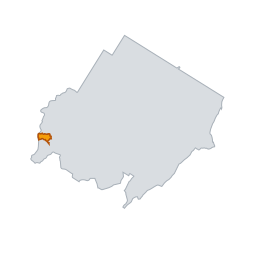 Rehaid Albirdi, Southern Darfur, Sudan (highlighted), rotated 32°
{"feature_id": "16777658B32181362177213", "entity_name": "Rehaid Albirdi", "entity_type": "district", "adm_level": 2, "iso_a3": "SDN", "parent_name": "Sudan", "parent_adm1": "Southern Darfur", "projection": "natural_earth1", "projection_center": [23.455, 11.002], "detail": "fine", "context": "in_parent", "style": "filled", "palette": "amber", "viewbox_px": 256, "rotation_deg": 32, "n_neighbors": 0, "source": "geoboundaries", "source_scale": "gbopen_adm2", "svg_char_len": 5145}
<svg xmlns="http://www.w3.org/2000/svg" viewBox="0 0 256 256"><g transform="rotate(32 128 128)"><path d="M167.6,197.9L165.7,197.9L165.5,197.4L165.5,195.9L165.7,194.9L166.4,193.2L166.2,192.3L166.3,191.0L165.8,189.5L161.2,185.2L160.4,184.0L157.9,182.9L158.3,181.7L157.3,172.8L157.8,171.8L157.9,170.3L157.9,168.9L158.4,166.7L158.5,165.7L153.7,165.6L153.6,166.6L153.9,167.7L153.9,168.1L147.2,168.2L149.9,171.6L150.0,173.1L149.9,175.0L149.9,176.2L150.1,177.0L150.8,178.6L150.8,178.9L150.6,179.2L145.9,183.9L145.2,186.0L144.5,187.1L143.2,189.0L138.9,193.9L138.2,194.3L134.9,194.4L134.6,194.6L134.3,194.8L134.2,194.7L131.4,191.8L126.6,188.3L123.5,190.2L122.6,190.8L122.6,192.5L122.2,193.4L121.3,194.3L119.0,194.9L117.8,195.4L116.4,196.3L115.0,197.9L114.9,198.7L115.0,199.5L107.1,199.4L106.5,198.8L105.4,196.2L104.5,196.4L97.3,196.1L96.2,196.4L94.1,197.4L93.1,197.6L92.0,197.1L88.2,192.0L87.3,191.4L86.5,190.1L85.7,189.6L85.4,189.2L85.3,188.7L85.3,187.5L85.0,186.8L84.4,186.7L79.3,187.9L78.6,187.7L77.5,187.9L77.1,188.2L76.7,188.8L76.6,190.2L76.5,190.9L76.1,191.7L74.6,193.5L74.3,194.2L74.4,196.1L74.3,197.1L74.0,197.6L73.4,198.3L73.2,198.7L72.9,201.2L72.1,202.7L71.9,203.2L71.9,204.3L71.8,204.6L69.4,205.4L68.6,206.0L68.0,206.8L67.9,207.2L66.9,206.9L65.6,206.6L63.2,206.4L62.2,206.0L61.8,205.4L61.9,203.9L61.7,203.6L61.3,203.3L61.0,202.7L61.1,201.9L62.4,200.2L62.6,199.3L63.0,195.0L62.9,193.7L61.8,191.2L59.5,187.1L58.9,186.2L56.0,182.8L55.7,182.3L55.0,180.9L55.8,177.7L55.8,176.8L55.6,175.9L54.9,175.2L54.2,175.1L53.4,174.3L52.8,173.9L52.3,173.1L51.9,172.1L52.2,168.3L52.0,167.8L51.3,167.7L51.1,167.4L51.1,166.7L50.7,164.6L50.3,162.8L50.5,161.9L49.9,160.5L48.7,159.9L46.4,160.4L45.7,160.3L45.2,160.1L44.8,159.6L44.6,159.0L44.8,158.1L45.5,156.5L46.3,155.2L48.0,154.0L48.4,153.4L48.7,152.7L48.7,151.9L48.6,151.0L48.4,150.3L47.9,149.2L47.5,148.0L47.5,147.2L47.7,146.6L48.1,145.9L49.8,144.5L51.5,143.4L51.8,143.0L51.7,142.5L50.9,141.5L50.7,139.7L50.2,138.4L51.1,137.5L51.7,137.1L52.7,136.8L53.1,136.4L53.2,135.6L53.2,134.9L53.6,134.4L54.0,133.2L54.4,132.7L55.7,131.3L56.0,130.4L56.1,129.5L55.7,126.9L56.5,125.9L57.5,125.0L58.8,125.0L61.0,124.8L62.4,124.4L63.5,124.5L65.8,124.9L66.1,124.7L66.2,124.0L66.1,74.7L75.9,74.7L76.0,74.6L76.0,51.3L137.3,51.3L137.8,51.2L138.8,49.0L139.2,48.8L139.8,49.0L140.0,49.5L139.5,51.3L193.1,51.2L193.3,53.9L193.7,56.1L195.3,59.1L196.7,60.8L197.1,61.7L197.2,62.1L197.2,62.5L196.8,62.0L196.1,61.7L196.0,63.1L196.4,66.1L197.0,68.1L196.6,70.0L196.8,73.2L197.5,77.1L197.5,79.6L198.7,85.3L199.9,88.5L200.5,89.3L201.2,89.7L202.5,89.9L204.4,91.6L205.9,93.3L206.5,94.2L207.2,95.2L207.7,95.0L208.0,94.7L208.6,95.5L211.0,97.2L211.4,98.0L210.5,98.8L209.5,100.1L209.1,101.4L208.8,101.8L208.1,102.6L207.9,102.9L207.6,103.2L207.2,103.2L206.4,103.6L205.7,103.5L204.9,103.7L204.7,104.0L204.1,104.3L203.3,104.4L202.1,105.5L201.0,106.0L200.6,106.4L200.1,108.5L199.7,109.1L198.1,109.1L197.3,109.3L196.2,109.1L195.7,109.1L195.6,109.5L195.4,111.3L195.4,112.1L194.6,114.2L194.9,118.0L194.1,120.9L194.0,121.5L193.1,123.8L192.7,124.7L191.6,128.9L191.2,130.2L190.3,131.6L191.4,141.9L190.7,145.0L190.7,146.7L190.2,149.2L189.8,150.4L189.0,151.8L188.5,153.4L188.0,155.5L187.7,159.4L187.5,159.7L184.6,160.2L183.7,160.5L183.1,160.9L182.4,162.0L181.0,164.7L180.2,166.4L179.0,168.7L177.7,170.4L177.4,171.2L177.2,172.7L176.7,175.0L176.2,176.7L176.3,178.0L175.9,180.4L176.0,181.5L175.5,182.1L174.8,182.7L174.4,182.9L172.4,181.3L171.0,182.4L170.1,183.9L169.4,185.4L169.9,188.7L169.8,189.4L169.6,190.1L168.3,193.3L168.0,194.7L167.6,197.3L167.6,197.9Z" fill="#d9dde1" stroke="#a8b0b8" stroke-width="1"/><path d="M66.8,175.7L66.4,176.0L66.2,176.1L66.0,175.9L65.9,175.8L65.8,175.7L65.7,175.6L65.4,175.4L65.4,175.2L65.2,174.9L64.9,174.8L64.8,175.1L64.7,175.1L64.6,174.9L64.7,174.7L64.8,174.6L64.6,174.5L64.3,174.8L64.1,174.9L63.8,175.0L63.6,175.1L63.4,175.2L63.3,175.3L63.2,175.3L63.1,175.6L63.1,175.9L63.0,176.0L62.9,176.1L62.7,176.2L62.6,176.3L62.4,176.4L62.2,176.4L62.1,176.5L61.8,176.6L61.7,176.6L61.4,176.7L61.1,176.9L60.9,176.9L60.5,177.0L60.3,177.1L60.2,177.2L60.2,177.3L60.2,177.5L60.0,177.8L59.9,177.9L59.7,178.0L59.4,178.1L59.1,178.1L58.9,178.1L58.4,177.9L58.2,177.8L58.0,178.0L57.9,178.1L57.8,178.3L57.7,178.4L57.7,178.5L57.5,178.9L57.3,179.1L57.2,179.1L57.0,179.3L56.8,179.3L56.6,179.4L56.5,179.5L56.2,179.6L55.9,179.6L55.7,179.6L55.4,179.8L55.3,180.1L55.2,180.4L55.2,180.6L55.1,180.8L55.2,181.0L55.3,181.0L55.5,181.2L55.5,181.3L55.6,181.5L55.7,181.9L55.8,182.0L56.0,182.4L56.1,182.5L56.3,182.8L56.4,183.1L56.5,183.3L56.8,183.4L56.8,183.5L57.0,183.6L57.2,183.8L57.3,183.9L57.5,183.9L57.5,184.0L57.9,184.6L58.1,184.7L58.1,184.8L58.3,185.0L58.5,185.1L58.7,185.3L59.0,184.6L60.2,183.6L60.3,182.9L61.3,182.2L62.7,182.4L63.3,182.3L64.1,181.6L64.3,181.7L64.8,182.2L66.4,182.3L67.8,182.8L69.3,183.3L68.9,182.8L68.8,182.4L68.2,182.6L67.3,182.6L67.1,182.5L66.7,182.0L66.7,181.9L66.8,181.7L66.9,181.4L67.0,181.2L67.2,180.7L67.2,180.4L67.4,179.7L67.4,179.2L67.5,178.4L67.9,178.3L68.1,178.2L68.6,177.8L68.0,177.2L67.9,177.0L67.7,176.8L67.7,176.7L67.5,176.2L67.4,176.0L67.1,175.8L66.9,175.7L66.8,175.7Z" fill="#f59e0b" stroke="#b45309" stroke-width="1.5"/></g></svg>